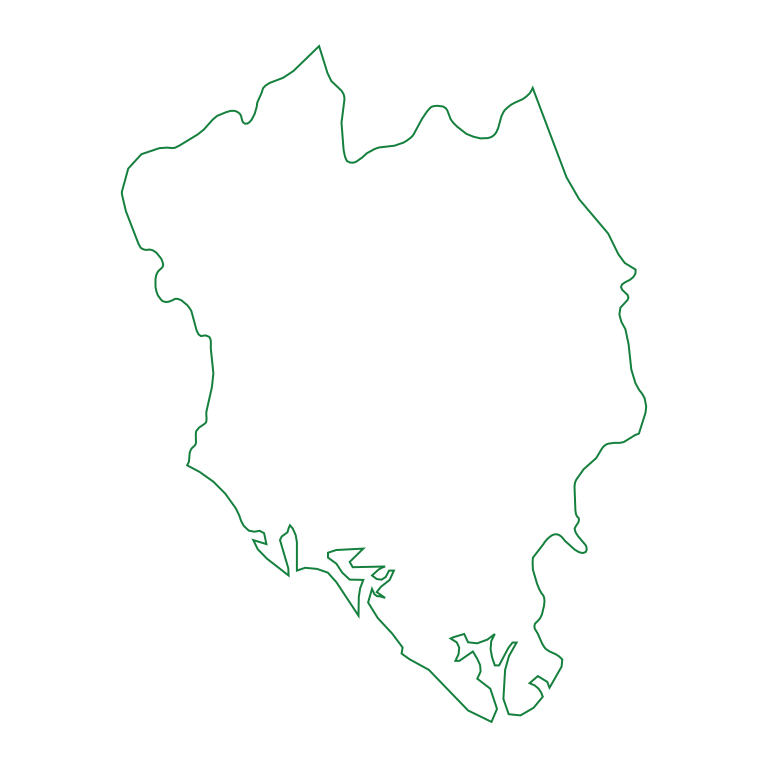 map outline of Chanthaburi (Mercator projection)
{"feature_id": "THA-432", "entity_name": "Chanthaburi", "entity_type": "Province", "adm_level": 1, "iso_a3": "THA", "parent_name": "Thailand", "parent_adm1": "", "projection": "mercator", "projection_center": [102.12, 12.821], "detail": "fine", "context": "isolated", "style": "outline", "palette": "green", "viewbox_px": 768, "rotation_deg": 0, "n_neighbors": 0, "source": "natural_earth", "source_scale": "10m", "svg_char_len": 4619}
<svg xmlns="http://www.w3.org/2000/svg" viewBox="0 0 768 768"><path d="M635.6,270.1L635.4,273.6L633.4,277.0L630.0,279.8L625.4,282.1L622.0,284.5L621.0,287.0L622.2,289.8L627.6,295.0L628.4,297.4L627.6,299.9L620.4,307.7L619.4,314.6L621.4,321.9L625.4,329.2L628.6,344.4L631.3,369.5L635.4,383.1L639.1,389.9L642.3,394.0L644.7,398.4L646.2,406.5L645.5,412.8L638.9,433.6L638.5,433.8L635.2,435.0L624.0,441.9L621.8,442.5L619.5,442.9L614.1,442.9L608.7,443.6L606.6,444.3L604.7,445.5L603.0,447.1L601.6,449.1L596.3,458.0L583.6,469.3L576.2,479.8L575.0,482.7L574.5,486.5L575.4,510.5L576.0,514.3L577.2,516.7L578.6,517.9L579.0,519.9L578.4,522.3L575.9,526.1L574.6,528.5L575.6,532.4L578.2,536.4L585.6,545.1L586.4,547.0L586.7,549.7L585.8,551.9L583.1,553.0L580.8,552.7L578.5,551.9L574.7,549.6L565.1,541.0L562.5,537.8L561.0,536.3L559.2,535.1L557.1,534.3L554.7,534.3L552.6,535.0L550.6,536.2L547.3,539.0L544.6,542.2L543.6,543.9L532.9,557.7L532.6,562.3L532.9,569.6L537.1,583.9L539.6,589.9L541.7,593.6L542.8,594.8L543.6,596.2L544.2,598.0L544.5,601.3L544.0,605.8L542.0,614.2L540.2,618.1L538.0,620.8L535.0,623.6L534.4,625.9L534.7,628.6L537.7,633.5L542.2,643.7L544.0,646.7L545.7,648.9L549.3,651.3L555.9,654.3L559.2,656.5L562.3,659.5L561.6,666.6L549.7,687.5L549.5,687.8L547.3,681.9L537.8,676.1L529.6,683.2L534.8,685.5L538.5,688.6L541.1,692.4L542.8,696.7L533.6,707.8L520.5,715.4L508.7,714.2L503.4,698.9L505.1,669.9L509.0,656.0L516.6,642.5L512.6,642.5L508.5,647.7L499.1,665.4L494.8,665.4L492.1,657.4L490.6,649.2L491.2,641.2L494.8,634.0L487.4,639.6L477.2,643.3L468.1,642.3L464.2,634.0L453.7,637.1L450.6,638.5L456.8,642.4L459.2,647.6L458.6,654.0L455.4,660.9L459.3,660.9L472.9,651.5L477.2,658.7L480.1,665.1L480.6,671.5L477.3,678.7L490.3,688.7L497.0,708.9L491.5,721.9L468.1,710.5L428.8,669.8L409.6,659.3L401.6,653.6L402.6,647.5L392.3,633.7L377.8,618.1L368.1,602.5L372.0,588.9L374.4,594.2L377.0,596.1L380.6,596.5L385.1,597.9L376.7,592.1L381.0,586.7L389.6,580.0L393.9,570.6L389.1,570.6L385.7,577.0L381.5,579.7L376.7,579.0L372.0,575.5L378.5,569.6L381.7,567.8L385.1,566.5L352.7,567.2L349.7,561.9L363.3,548.6L336.3,550.0L328.0,552.7L328.0,557.6L336.4,563.7L342.2,572.6L349.7,579.6L363.3,579.9L360.2,588.1L358.8,596.8L358.5,615.7L336.4,582.2L327.8,572.6L317.0,568.9L305.1,567.8L296.9,570.6L296.9,542.1L295.7,535.2L292.8,528.6L290.0,525.3L288.6,528.3L287.5,532.3L281.7,536.5L280.0,540.1L288.3,568.3L288.6,575.5L267.1,558.8L257.8,549.3L253.3,540.1L266.4,544.1L264.1,533.2L259.7,530.8L254.4,531.7L248.9,530.7L243.7,525.8L241.1,520.9L239.2,515.3L235.8,508.4L225.3,493.7L213.4,481.7L199.4,471.8L187.1,465.3L187.1,465.2L188.9,461.9L189.7,452.8L190.8,449.8L192.3,447.7L193.9,446.4L195.3,444.9L196.0,442.8L195.8,433.6L196.1,431.7L196.3,431.1L196.5,430.7L199.2,427.5L204.6,423.8L206.1,422.3L206.5,419.9L206.5,417.5L206.3,414.8L206.3,412.1L211.9,387.2L213.4,373.5L210.8,348.5L210.9,342.1L210.5,339.3L209.3,336.9L205.6,335.4L203.2,335.7L201.0,336.1L198.7,334.5L196.7,330.8L191.4,311.2L189.8,308.4L187.2,305.1L181.3,300.2L177.8,298.9L174.8,298.9L173.1,300.0L168.8,301.7L166.4,302.0L164.2,301.7L162.3,300.9L160.8,299.4L157.9,295.4L156.4,291.3L155.5,287.0L155.5,279.1L156.2,275.2L157.5,272.3L158.8,270.6L161.6,268.1L162.6,266.8L162.8,266.4L163.2,265.2L162.7,262.4L161.2,258.6L156.2,252.5L152.7,250.3L149.5,249.5L147.0,249.9L144.5,249.7L142.4,248.9L140.6,247.6L138.6,244.1L125.9,211.2L122.0,194.7L121.8,192.0L125.4,179.0L128.2,168.6L141.4,154.2L159.2,148.2L167.0,147.6L172.4,148.1L174.8,147.8L179.2,145.7L197.6,134.5L203.7,129.7L212.8,119.5L217.1,115.9L225.8,112.3L230.5,110.9L234.2,110.8L236.5,111.5L238.4,112.6L240.0,114.0L241.1,116.0L242.2,120.6L243.2,122.5L244.8,123.6L247.0,123.7L249.4,122.3L251.7,119.7L254.7,113.8L256.8,106.5L257.0,104.3L257.3,102.6L257.5,102.0L261.6,92.9L263.0,88.3L265.5,85.6L269.5,83.0L283.3,77.7L293.4,71.0L319.1,46.1L327.5,73.1L331.3,81.0L341.6,90.8L343.6,94.2L344.4,97.5L344.4,99.9L341.5,122.7L343.6,150.0L345.0,156.7L346.9,161.0L349.9,162.5L352.7,162.7L354.8,162.3L356.8,161.3L362.3,157.4L366.9,153.2L374.6,149.0L378.8,147.5L394.5,145.7L403.5,142.6L407.0,140.5L410.6,137.8L412.2,136.3L413.5,134.6L422.0,118.9L426.9,111.6L429.7,108.4L431.4,106.9L433.9,106.1L437.2,105.8L443.1,106.5L445.8,108.2L447.3,110.4L450.7,119.3L453.1,122.6L457.0,126.5L466.3,133.8L473.4,136.7L480.4,138.4L487.4,138.1L489.7,137.6L491.9,136.7L493.5,135.5L495.0,134.1L496.2,132.4L498.2,128.0L501.5,116.0L503.5,112.0L504.7,110.2L507.9,107.2L511.3,104.6L515.2,102.5L521.3,99.8L523.1,98.9L526.6,96.3L529.7,93.3L530.8,91.6L531.9,89.6L532.7,87.9L566.5,177.3L579.2,199.3L608.2,233.6L618.4,254.3L624.8,263.0L635.6,269.6L635.6,270.1Z" fill="none" stroke="#15803d" stroke-width="2"/></svg>